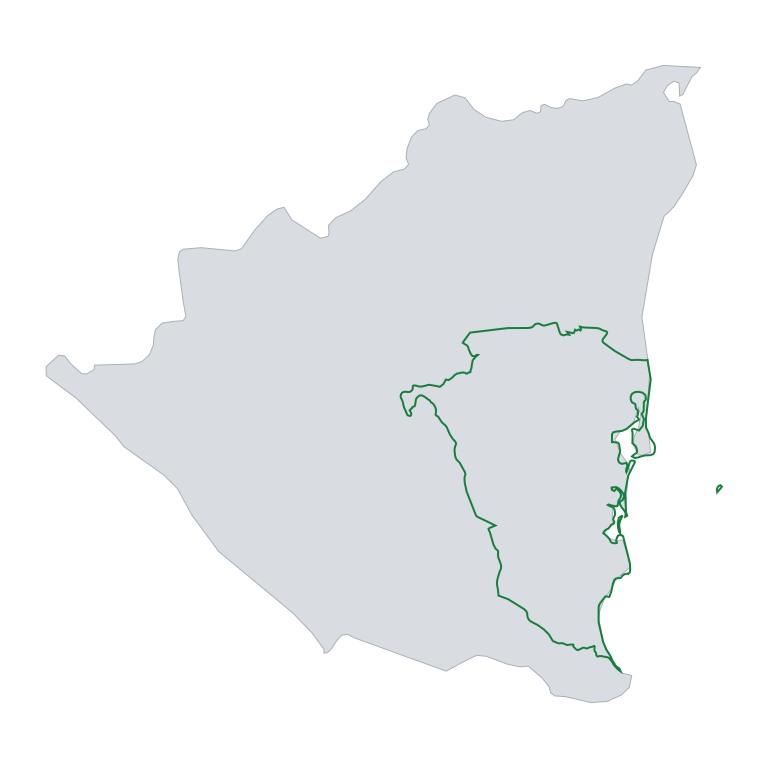 Atlántico Sur on a map of Nicaragua (orthographic projection)
{"feature_id": "NIC-644", "entity_name": "Atlántico Sur", "entity_type": "Autonomous Region", "adm_level": 1, "iso_a3": "NIC", "parent_name": "Nicaragua", "parent_adm1": "", "projection": "orthographic", "projection_center": [-84.133, 12.113], "detail": "fine", "context": "in_parent", "style": "outline", "palette": "green", "viewbox_px": 768, "rotation_deg": 0, "n_neighbors": 0, "source": "natural_earth", "source_scale": "10m", "svg_char_len": 8273}
<svg xmlns="http://www.w3.org/2000/svg" viewBox="0 0 768 768"><path d="M700.4,67.5L696.4,73.0L692.0,76.6L682.8,94.5L679.7,96.1L679.0,82.9L673.5,81.2L667.1,85.9L663.5,92.6L669.2,101.4L674.1,101.6L680.1,104.0L696.4,164.8L693.0,175.7L683.1,192.7L673.6,207.1L664.1,216.2L652.4,254.6L641.9,317.0L649.7,373.1L646.0,425.0L649.4,437.2L650.4,452.5L642.5,455.2L638.1,454.8L633.5,445.4L634.0,437.2L638.7,427.5L640.6,414.4L638.3,407.6L633.7,422.5L625.5,429.2L620.2,431.5L615.0,439.1L620.5,453.3L627.7,463.7L630.0,471.1L627.4,480.0L625.9,510.3L623.3,509.5L620.7,505.4L613.2,505.1L612.3,517.3L612.9,524.2L606.5,529.4L604.2,534.7L609.5,538.4L615.3,540.6L622.4,540.1L628.3,555.1L630.1,567.3L616.5,578.6L611.9,587.9L604.2,599.3L599.9,610.4L598.6,618.4L603.9,643.6L613.3,661.6L621.2,672.9L631.7,675.4L629.3,687.4L621.4,695.0L607.0,701.4L591.2,702.6L565.2,696.6L554.7,695.9L550.5,692.7L549.3,686.8L541.9,677.9L528.3,666.1L520.5,666.9L507.7,664.3L486.5,656.3L476.7,655.3L462.6,662.1L446.2,671.1L406.7,656.9L379.1,646.8L354.2,637.8L347.5,634.3L342.1,635.0L337.4,639.7L331.9,647.9L330.1,650.3L327.3,652.6L324.0,653.2L323.9,649.2L311.8,632.7L292.6,612.8L218.8,551.6L191.9,515.1L177.6,488.8L163.9,475.1L124.2,446.9L115.2,435.7L76.1,398.1L46.3,375.9L46.1,366.7L58.6,355.2L64.6,355.9L71.1,364.2L81.7,373.7L86.7,373.9L94.2,369.6L94.4,365.2L134.8,363.9L142.0,361.5L149.4,354.7L153.3,345.3L154.0,336.0L155.6,329.5L162.2,323.1L174.0,321.3L183.1,320.7L185.9,316.4L183.3,302.3L178.7,268.3L177.8,258.8L179.5,251.8L183.2,249.2L201.1,247.7L234.9,250.9L241.4,248.8L255.1,229.6L267.8,215.5L276.8,209.2L283.9,207.3L292.0,220.0L320.4,238.2L325.2,237.1L328.1,236.2L329.0,233.6L328.5,225.3L335.7,217.7L350.5,211.0L365.5,199.1L380.5,182.0L393.5,171.9L404.4,169.0L408.6,164.3L406.1,157.9L407.0,148.9L411.4,137.2L417.8,130.5L426.1,128.7L429.4,125.0L427.7,119.5L429.4,113.4L436.9,103.4L455.0,95.0L465.2,97.9L473.8,109.4L485.8,117.2L501.4,121.3L513.6,119.8L522.2,112.7L530.0,110.5L536.9,113.3L540.6,111.7L541.0,105.7L544.5,104.3L551.3,107.6L557.3,108.4L562.5,106.8L564.6,103.9L565.6,100.9L569.5,98.6L583.0,100.9L598.2,97.4L614.9,88.1L626.1,84.0L631.6,85.1L638.1,80.4L645.8,70.1L663.3,65.4L700.4,67.5Z" fill="#d9dde1" stroke="#a8b0b8" stroke-width="1"/><path d="M647.5,359.9L650.7,379.3L645.9,418.6L646.0,427.3L646.5,428.7L648.6,433.0L650.0,437.8L654.1,443.5L655.1,447.2L654.7,451.7L653.2,454.2L650.2,455.2L645.5,455.4L642.0,456.1L638.3,457.4L634.9,458.0L632.0,456.4L633.1,455.3L636.1,453.2L637.0,452.2L637.1,450.5L636.5,448.1L635.6,446.1L632.4,443.2L632.6,433.5L632.0,429.7L632.7,429.4L633.1,428.8L634.0,428.8L639.1,430.5L642.7,425.8L643.9,419.1L642.0,414.5L642.0,413.4L643.2,412.0L643.7,410.0L643.9,401.7L645.5,400.1L645.9,399.1L645.4,395.1L642.6,392.7L638.7,391.8L635.0,392.1L632.0,393.8L630.7,396.6L630.8,399.6L631.9,402.3L635.1,404.0L635.4,404.3L635.7,407.3L635.9,408.3L636.5,409.4L637.2,409.8L637.8,410.4L638.0,411.9L637.9,414.4L637.6,415.5L636.9,416.6L637.5,417.3L639.0,419.6L634.4,422.3L626.7,428.9L622.0,430.9L615.7,431.6L613.1,432.4L612.0,434.4L612.0,442.2L612.2,442.3L612.8,442.0L614.0,442.1L615.8,442.5L616.9,442.4L617.9,442.7L619.1,444.1L620.1,450.8L619.5,454.0L618.5,457.0L618.0,459.8L619.1,462.5L621.8,463.9L626.4,462.9L627.2,465.2L627.0,466.7L626.2,469.6L626.1,471.3L626.4,472.2L627.1,470.8L629.4,463.2L630.2,461.3L631.5,460.5L634.4,460.9L635.0,462.0L628.2,475.7L625.0,493.4L626.1,512.5L627.2,515.7L626.2,516.3L625.2,516.8L625.7,513.7L624.7,511.2L621.1,506.6L619.5,502.8L620.8,501.2L622.9,499.8L624.0,496.3L623.3,493.8L621.4,490.9L618.8,488.4L616.1,487.1L611.6,487.5L611.8,489.8L614.2,491.1L616.1,489.1L617.2,489.1L619.6,491.7L620.6,493.2L621.0,495.2L620.5,497.7L618.3,501.0L618.1,503.4L617.3,506.2L614.6,506.3L608.6,504.5L607.8,505.0L609.6,506.1L613.2,507.5L614.1,508.7L614.7,510.3L615.0,512.1L615.1,514.1L614.8,515.4L613.5,518.2L613.2,519.3L613.5,520.1L614.0,521.0L614.3,521.9L614.1,522.9L613.4,523.8L611.8,524.5L611.2,524.9L608.5,528.5L607.7,529.0L606.4,529.5L605.0,530.5L603.8,531.9L603.2,533.2L605.1,534.5L607.4,536.6L609.4,538.9L610.7,541.8L611.7,542.6L613.2,543.1L614.6,543.3L616.8,543.0L616.9,542.3L616.3,541.4L616.1,540.2L617.1,537.3L617.9,535.8L619.2,535.2L621.6,535.1L623.1,536.3L629.9,563.5L630.2,568.8L630.1,570.7L630.0,571.9L629.4,572.8L628.2,573.9L628.0,573.5L625.9,573.9L623.9,574.5L623.7,574.9L622.6,575.4L621.1,577.6L619.8,578.1L618.0,578.1L616.6,578.3L615.4,578.9L614.2,580.0L612.7,584.6L611.3,591.6L609.3,596.9L606.2,596.4L605.3,596.4L600.7,602.4L599.3,604.6L598.6,607.2L598.6,622.3L603.1,641.9L606.3,649.6L610.7,656.4L612.1,660.1L615.6,665.7L616.8,666.9L619.5,668.6L620.6,671.4L618.0,669.5L614.2,665.4L612.1,661.9L609.4,658.4L608.6,657.7L607.5,657.3L601.8,656.2L600.1,656.0L599.1,656.1L598.0,656.6L597.6,656.6L597.1,656.3L596.5,655.5L596.3,655.0L596.1,653.4L595.9,652.6L595.2,651.8L594.6,650.8L594.4,649.5L594.6,646.8L594.6,646.3L594.3,646.0L593.9,646.0L591.9,646.9L589.7,647.3L587.2,648.4L586.0,648.4L584.6,647.8L583.7,647.7L582.6,647.9L582.1,648.1L580.4,649.1L579.2,649.4L577.9,650.1L577.3,650.0L576.5,649.6L575.1,648.4L573.5,646.7L573.3,646.4L573.2,646.0L573.4,644.8L572.9,644.5L572.0,644.4L567.3,645.0L565.5,644.4L563.1,643.4L561.8,643.2L560.8,643.2L559.3,643.4L558.6,643.3L556.2,642.5L554.7,641.7L554.2,641.6L553.8,641.6L553.2,641.2L552.4,640.3L549.5,635.4L548.2,633.7L544.0,629.6L538.3,625.4L531.4,621.8L530.0,620.8L528.7,619.5L527.6,617.2L527.3,615.3L527.2,613.4L526.4,611.4L524.1,609.1L508.2,599.2L498.5,595.6L498.0,589.9L496.9,584.1L497.0,582.2L497.4,579.3L499.5,572.1L500.9,568.7L501.2,565.8L499.8,561.2L498.2,557.4L498.0,553.5L498.2,551.7L497.8,550.7L496.9,549.8L495.7,548.8L493.5,544.7L489.8,532.0L488.8,530.0L488.5,528.9L489.7,527.9L495.4,525.5L476.8,516.5L475.8,515.0L466.6,491.5L464.7,482.6L464.5,477.7L465.4,474.3L464.9,472.1L459.8,462.9L458.9,461.9L457.9,461.0L456.9,460.0L455.8,458.2L455.1,455.7L454.5,450.9L454.7,448.4L455.1,446.5L455.9,444.5L456.1,443.6L455.8,442.6L454.9,441.1L453.0,439.2L449.9,434.5L446.8,427.4L445.9,426.0L441.7,422.1L438.3,416.9L437.5,416.2L435.8,415.3L435.6,414.2L436.0,411.8L435.9,409.1L435.2,407.2L434.0,404.8L433.1,403.8L432.2,403.0L430.9,402.3L429.8,400.4L429.1,400.1L424.8,396.9L422.1,395.4L419.4,395.5L416.6,398.0L415.9,399.7L415.3,403.9L414.7,406.1L414.3,406.1L413.1,406.8L412.0,407.7L412.1,408.1L411.6,408.4L409.6,410.3L411.1,412.7L411.2,414.9L410.1,416.0L407.6,415.3L403.9,407.1L402.8,402.1L402.2,400.4L400.8,397.6L400.6,396.2L400.9,394.7L401.4,393.5L402.4,392.5L403.7,391.9L405.8,391.7L407.4,392.0L409.2,392.0L410.6,391.5L412.2,390.1L412.8,388.6L412.7,386.3L413.2,385.6L414.7,385.4L415.9,385.6L418.5,386.4L420.1,386.6L421.9,386.5L423.9,386.1L427.9,385.0L429.3,384.8L438.0,386.3L439.8,386.9L440.4,386.3L442.2,385.1L443.1,384.3L444.6,382.0L445.7,379.6L448.6,380.1L451.9,377.9L454.9,374.9L457.1,373.5L458.8,373.3L461.5,372.6L463.5,372.5L465.4,373.0L466.3,373.6L467.0,373.7L468.6,372.5L469.4,372.2L470.0,372.3L470.4,372.2L470.7,369.9L471.5,368.0L471.7,365.8L472.6,360.8L473.2,359.6L476.3,356.2L478.0,354.9L477.6,354.8L476.8,354.9L474.8,356.1L474.0,356.2L473.0,356.1L472.7,356.0L472.0,355.6L471.1,354.5L469.0,350.1L468.0,346.8L466.9,345.4L466.3,344.9L464.5,344.1L463.5,343.1L462.8,342.8L463.8,341.0L470.1,332.6L507.6,328.1L527.8,328.0L530.7,327.6L532.5,327.0L534.3,325.0L535.8,324.0L536.9,323.7L537.9,323.6L539.0,323.7L539.7,323.9L540.6,324.4L541.6,325.0L543.3,325.5L544.8,325.5L553.5,323.0L555.5,322.8L556.6,323.1L557.0,323.8L559.8,332.6L560.4,333.7L561.2,334.6L562.1,334.8L563.4,335.4L566.9,334.4L569.2,334.8L567.9,332.7L567.2,331.9L569.9,332.4L572.2,333.2L573.9,332.9L575.1,329.7L576.1,330.4L576.8,330.5L578.1,329.7L579.1,329.7L580.4,330.5L580.9,329.9L580.8,328.4L580.0,326.7L581.5,326.9L582.1,327.3L584.3,327.5L596.1,328.0L598.8,328.4L600.3,329.0L601.5,329.7L603.0,330.4L605.5,331.1L606.6,331.6L607.1,332.3L607.1,333.1L606.7,334.0L606.2,334.9L603.5,338.3L602.9,339.1L602.6,340.0L602.5,340.8L602.7,341.6L603.1,342.3L603.7,342.9L614.6,350.9L629.0,359.2L631.6,360.1L637.5,359.8L644.8,360.3L647.5,359.9ZM619.2,532.1L618.1,528.0L617.8,522.6L618.8,517.9L621.8,515.8L622.0,515.9L622.2,516.0L622.2,516.3L622.2,516.8L621.2,518.3L620.2,520.7L619.4,523.4L619.2,525.9L620.1,531.3L620.1,533.3L619.2,532.1ZM717.2,492.2L716.9,488.9L718.2,486.3L720.3,485.2L721.9,486.6L721.4,487.5L717.2,492.2Z" fill="none" stroke="#15803d" stroke-width="2"/></svg>